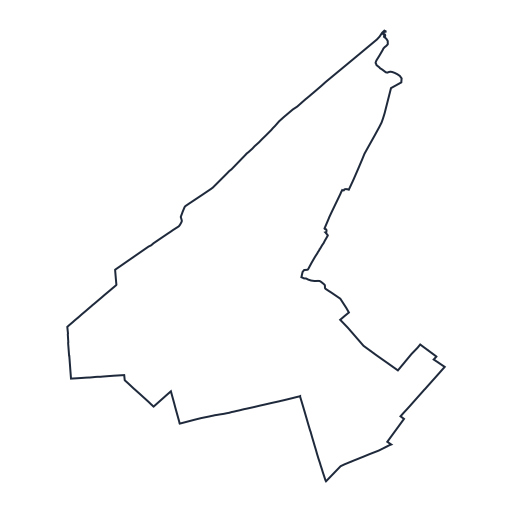 Dobra, Dâmbovita, Romania (Robinson projection)
{"feature_id": "2599482B42866178812340", "entity_name": "Dobra", "entity_type": "district", "adm_level": 2, "iso_a3": "ROU", "parent_name": "Romania", "parent_adm1": "Dâmbovita", "projection": "robinson", "projection_center": [25.711, 44.799], "detail": "fine", "context": "isolated", "style": "outline", "palette": "slate", "viewbox_px": 512, "rotation_deg": 0, "n_neighbors": 0, "source": "geoboundaries", "source_scale": "gbopen_adm2", "svg_char_len": 5326}
<svg xmlns="http://www.w3.org/2000/svg" viewBox="0 0 512 512"><path d="M326.0,481.3L326.1,481.2L340.6,466.2L344.6,464.3L354.1,460.4L357.9,458.9L360.3,457.9L363.1,456.8L369.4,454.2L371.7,453.3L378.7,450.6L389.6,445.1L391.2,444.5L387.3,441.8L404.0,418.9L400.5,416.3L403.9,412.5L406.8,409.4L409.9,406.0L413.6,401.8L423.2,391.0L424.5,389.5L424.9,389.2L426.3,387.6L432.7,380.4L434.7,378.2L444.7,366.9L433.7,359.5L436.4,356.6L436.1,356.3L423.4,346.9L420.2,344.5L417.6,347.7L411.5,354.0L397.9,370.4L375.8,354.8L363.5,345.8L347.8,327.7L340.2,319.8L344.5,316.1L348.9,312.5L346.2,307.8L340.3,298.7L332.1,293.1L330.0,291.7L329.9,291.7L325.5,288.8L325.0,288.0L324.9,286.7L325.0,286.0L324.6,284.8L323.5,283.8L322.5,283.0L321.0,281.8L319.6,281.0L317.6,280.9L316.1,281.0L314.4,281.0L310.9,280.5L310.1,280.2L308.2,279.6L307.3,279.1L306.1,278.5L304.0,278.4L303.0,277.9L301.4,277.2L302.6,271.9L304.2,270.0L305.8,269.9L306.5,269.9L307.0,269.8L307.4,269.7L307.9,269.5L308.3,268.9L311.4,263.1L313.3,259.8L314.8,257.2L315.8,255.6L317.0,253.8L317.5,253.0L317.6,252.7L317.8,252.3L319.1,250.4L319.5,249.6L319.6,249.2L320.0,248.9L322.2,245.1L323.7,243.0L323.8,242.7L325.2,240.0L325.6,239.4L327.7,235.7L327.8,235.5L327.8,235.3L327.7,235.2L327.1,234.5L326.9,234.2L326.6,233.8L326.1,233.3L325.6,232.6L325.4,232.4L326.2,232.2L326.4,232.0L326.4,231.6L326.4,231.2L326.5,230.8L326.5,230.4L326.4,230.0L326.3,229.7L326.1,229.5L326.0,229.3L325.7,229.2L325.2,229.1L325.0,228.9L324.7,228.8L324.5,228.5L328.8,218.4L329.2,217.3L331.5,212.4L334.0,207.2L335.2,204.7L337.9,199.1L340.4,193.9L341.1,192.2L342.2,190.1L342.8,190.4L343.3,190.4L343.9,190.3L344.2,189.6L344.7,189.3L345.6,189.1L346.0,189.2L346.3,189.2L346.9,189.1L347.8,189.4L348.8,189.7L352.3,182.2L353.9,178.7L355.8,174.3L358.1,169.0L362.1,159.6L364.5,153.7L368.4,146.7L374.6,135.6L379.2,127.2L381.4,122.9L381.8,121.9L383.0,118.5L384.6,113.3L391.0,88.1L401.3,82.4L401.6,78.4L399.8,75.9L397.3,74.2L394.7,72.9L392.2,72.0L390.4,71.7L388.9,72.0L387.4,72.6L385.8,72.3L384.5,71.3L382.4,69.7L381.2,68.9L380.1,68.3L379.4,67.4L376.6,65.2L376.3,64.6L376.1,63.8L375.7,63.2L375.6,62.7L375.9,61.7L376.5,60.3L379.3,55.8L382.7,50.0L383.4,48.5L384.8,47.0L385.9,46.2L386.5,45.7L386.9,45.2L387.6,44.5L387.8,44.1L387.8,43.2L387.7,42.6L387.8,42.0L387.6,40.7L386.7,39.4L386.4,38.9L386.0,38.5L385.4,37.9L384.0,36.8L384.1,36.4L385.1,36.1L385.2,35.8L385.1,34.9L384.8,34.4L384.5,34.3L384.0,34.6L383.6,34.5L383.4,34.1L382.8,33.8L382.9,33.3L383.7,32.7L383.9,32.2L384.4,31.8L385.1,31.8L385.6,31.7L385.6,31.4L385.5,31.1L385.0,31.1L384.6,31.0L384.3,30.7L382.2,32.7L379.5,36.7L376.9,39.5L347.3,64.1L327.7,80.3L325.2,82.4L321.1,86.1L316.2,90.3L306.5,98.5L306.3,98.6L302.5,101.9L297.2,106.6L292.9,109.4L284.0,116.9L279.2,121.2L275.0,126.0L273.0,128.0L272.9,128.1L271.2,130.1L270.4,130.9L269.9,131.4L269.3,132.0L268.7,132.6L268.1,133.2L265.4,135.9L262.8,138.4L261.1,140.1L259.4,141.9L259.0,142.3L255.3,145.6L254.6,146.2L252.6,148.4L252.3,148.7L248.4,152.2L247.9,152.6L247.6,152.8L247.4,152.9L246.9,153.4L246.4,153.7L246.3,154.0L246.0,154.3L231.4,169.4L230.6,170.0L229.2,171.1L227.2,173.2L226.2,174.2L212.6,187.8L212.1,188.1L211.2,188.8L201.7,195.2L189.2,203.5L187.3,204.8L185.4,206.1L185.1,206.4L184.8,206.8L184.5,207.3L182.6,211.9L182.0,213.6L181.2,215.7L180.8,216.8L180.8,217.1L181.2,218.4L181.5,219.5L181.7,220.2L181.8,220.6L181.8,221.0L181.7,221.5L181.4,222.2L181.1,222.8L180.1,224.6L179.3,225.7L178.9,226.2L178.4,226.6L172.9,230.1L170.8,231.6L169.3,232.6L168.5,233.1L161.4,237.9L153.6,243.2L151.3,245.2L151.0,245.4L150.8,245.5L149.3,246.2L148.5,246.6L116.3,268.9L115.2,269.7L115.1,269.8L115.8,278.2L116.4,284.8L116.2,285.1L115.8,285.5L113.3,287.6L112.1,288.6L111.4,289.2L107.6,292.4L104.0,295.4L101.6,297.5L97.7,300.8L94.4,303.6L93.3,304.5L92.4,305.2L91.8,305.8L89.3,307.9L85.5,311.2L81.9,314.2L79.0,316.8L74.8,320.3L72.7,322.2L68.8,325.5L67.3,326.9L68.0,333.7L67.8,334.2L68.3,342.4L68.1,342.8L68.8,351.8L69.1,355.8L69.3,355.9L70.3,369.5L71.0,378.6L74.8,378.4L81.1,378.0L86.6,377.6L89.9,377.5L92.2,377.3L93.0,377.2L95.9,376.9L96.3,376.9L96.8,376.9L97.2,376.8L97.9,376.8L100.4,376.8L102.3,376.6L108.5,376.1L111.4,375.9L113.9,375.7L114.2,375.7L122.3,375.2L124.2,375.1L124.3,376.0L124.7,380.1L125.0,380.5L127.8,383.0L130.8,385.8L134.2,389.0L134.5,389.2L137.3,391.7L139.9,394.0L143.4,397.2L145.2,398.8L148.6,401.9L151.6,404.8L152.0,405.1L153.2,406.3L153.6,406.6L166.1,395.5L170.9,391.3L171.9,395.0L172.5,397.2L174.1,403.0L175.2,407.2L176.7,412.6L177.9,416.9L179.2,421.6L179.6,423.4L179.7,423.6L181.0,423.3L194.7,419.7L201.1,418.1L209.1,416.5L211.3,416.0L213.3,415.6L214.9,415.2L217.1,414.9L220.0,414.4L223.5,413.9L226.9,413.2L229.2,412.8L229.4,412.7L229.8,412.6L231.8,412.0L234.0,411.6L236.8,410.9L237.9,410.7L239.2,410.4L240.9,410.0L241.6,409.8L241.8,409.7L242.8,409.5L243.9,409.2L247.0,408.6L248.8,408.2L253.8,407.1L260.0,405.6L264.5,404.6L272.3,402.8L278.8,401.4L280.4,401.0L284.3,400.1L288.0,399.2L292.9,398.0L296.0,397.2L298.1,396.7L299.1,396.5L300.1,396.1L300.1,396.4L300.3,397.3L301.7,401.9L302.6,404.9L304.7,412.0L306.3,417.5L308.2,424.1L310.2,430.8L310.3,431.0L310.5,431.4L310.8,432.5L311.5,435.0L312.1,437.1L312.9,439.8L313.5,441.8L314.6,445.6L316.0,450.2L317.0,453.8L318.4,458.4L320.1,463.5L320.6,465.3L321.9,469.2L322.7,471.9L324.1,476.1L325.2,479.5L325.7,480.8L326.0,481.3Z" fill="none" stroke="#1e293b" stroke-width="2"/></svg>